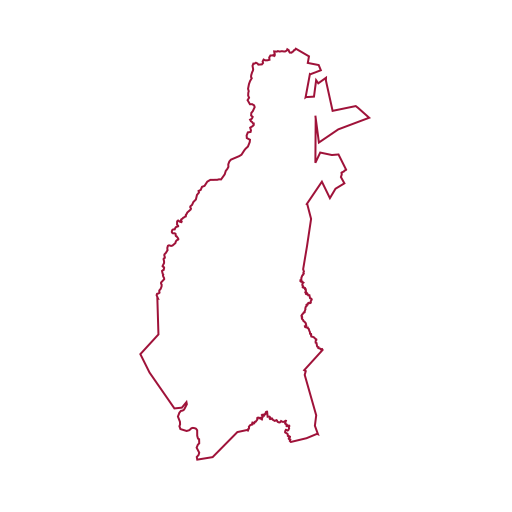 the district of Topia, Durango, Mexico, rotated 281°
{"feature_id": "50627088B76672031961414", "entity_name": "Topia", "entity_type": "district", "adm_level": 2, "iso_a3": "MEX", "parent_name": "Mexico", "parent_adm1": "Durango", "projection": "orthographic", "projection_center": [-106.735, 25.251], "detail": "fine", "context": "isolated", "style": "outline", "palette": "rose", "viewbox_px": 512, "rotation_deg": 281, "n_neighbors": 0, "source": "geoboundaries", "source_scale": "gbopen_adm2", "svg_char_len": 6039}
<svg xmlns="http://www.w3.org/2000/svg" viewBox="0 0 512 512"><g transform="rotate(281 256 256)"><path d="M176.5,339.3L177.3,338.6L176.8,337.3L177.3,336.9L177.5,334.8L178.4,334.7L178.7,333.5L179.2,333.1L182.1,332.0L182.3,331.1L183.5,330.8L184.2,330.8L185.2,331.3L185.7,331.1L185.9,330.3L187.2,328.4L187.5,327.1L187.5,325.7L188.4,325.2L189.6,325.1L190.0,324.9L190.0,323.9L191.7,323.4L192.7,322.6L194.5,321.7L194.9,320.8L195.7,320.4L195.4,319.0L195.8,317.6L196.4,317.4L196.5,317.7L196.4,318.3L197.6,318.6L198.4,318.0L199.4,317.8L200.8,316.1L201.1,315.1L202.2,314.4L202.8,313.4L203.3,313.0L204.1,313.1L204.3,312.7L205.4,312.7L205.5,312.3L205.9,312.0L207.3,312.4L208.6,313.3L209.5,313.5L209.8,313.7L209.8,314.3L210.0,314.5L211.4,314.4L213.2,314.7L214.0,314.4L215.5,314.5L216.5,315.2L217.6,314.8L218.1,315.2L217.9,315.8L218.1,316.0L219.2,316.1L219.9,316.3L220.1,316.7L219.9,317.7L220.3,318.5L220.8,318.7L221.8,318.3L223.8,319.0L224.2,318.9L224.7,318.3L224.7,317.6L224.9,317.1L227.7,315.9L227.4,314.7L228.9,313.6L228.1,312.7L228.3,312.2L229.1,311.9L229.6,312.3L229.9,312.2L230.0,311.4L231.1,311.7L232.8,311.2L232.7,310.5L233.9,310.2L233.9,308.5L234.2,307.9L235.1,308.2L235.6,307.4L236.1,307.4L236.4,307.0L236.8,306.9L238.2,307.0L238.8,307.5L239.0,306.9L239.7,306.5L239.8,305.9L239.3,305.3L239.9,304.3L240.6,304.3L240.5,304.9L240.9,305.1L243.2,304.7L245.5,305.1L246.4,305.5L246.6,305.9L247.9,306.2L248.1,305.8L248.5,305.7L249.9,306.0L252.0,304.8L275.2,304.2L302.9,303.0L316.3,296.6L316.6,295.9L341.5,306.5L326.9,317.5L337.2,321.2L344.2,328.9L349.7,324.3L352.2,324.6L353.0,324.5L353.9,324.0L354.4,324.3L355.7,326.1L356.7,326.6L357.4,327.7L357.9,328.0L371.4,317.6L369.6,311.2L369.8,299.3L358.8,296.5L402.1,288.4L405.1,287.5L379.4,296.1L396.0,312.6L413.3,340.7L421.0,327.7L422.2,325.3L413.1,303.5L441.7,291.1L444.3,290.7L437.4,284.2L440.0,281.5L423.5,282.5L421.5,274.7L421.2,274.4L444.7,274.2L444.6,274.4L450.7,284.2L455.4,281.1L455.4,270.0L462.1,269.9L467.1,255.5L465.9,255.0L465.2,254.0L464.0,253.6L463.3,252.7L462.4,252.1L462.1,250.4L463.0,249.5L464.3,248.8L464.9,247.3L463.7,247.1L462.4,245.7L462.1,244.6L462.0,242.3L461.2,240.2L461.3,238.3L460.6,237.5L460.3,234.8L458.4,235.5L457.9,235.9L456.3,236.1L455.8,235.7L456.5,234.5L456.0,234.0L455.6,231.9L453.4,231.1L451.2,231.8L450.2,229.7L449.8,227.7L450.3,226.0L448.2,225.4L446.8,226.1L445.2,225.2L444.3,221.8L445.2,220.8L445.7,219.0L444.5,217.8L444.4,216.7L442.0,216.3L438.7,217.6L437.4,217.6L435.4,217.1L432.5,216.8L430.7,217.0L429.7,217.9L426.6,216.8L423.5,216.3L418.6,216.3L416.4,217.4L414.7,217.3L412.0,217.7L410.0,219.0L407.4,218.0L403.8,221.1L404.3,223.2L403.5,225.4L401.9,226.3L397.5,225.2L395.6,224.1L393.0,224.4L391.9,226.2L390.2,225.8L389.3,225.1L388.7,224.2L387.3,225.3L386.7,226.7L385.5,227.9L385.6,228.5L384.2,228.8L382.8,227.9L380.9,225.8L378.3,227.1L376.7,227.0L375.8,224.4L372.5,223.8L370.0,224.5L369.0,227.9L366.6,228.1L361.9,227.2L359.3,225.3L357.6,224.4L352.6,222.4L350.8,220.4L345.8,213.0L343.7,211.8L340.7,211.3L338.2,211.9L335.9,211.2L333.8,210.1L330.2,209.7L324.5,207.1L324.2,205.0L323.4,203.4L322.0,196.6L319.7,194.0L315.0,192.1L313.6,189.8L310.3,189.1L308.9,187.2L307.4,187.9L304.7,186.4L300.0,186.2L297.0,184.2L294.0,183.5L292.2,182.1L291.4,182.1L290.2,183.1L289.2,183.0L285.5,180.2L284.3,180.0L283.0,179.3L282.0,179.6L281.3,179.4L281.2,178.9L280.0,177.8L279.6,177.2L278.8,176.8L277.6,175.6L276.6,175.5L275.6,176.2L275.6,176.4L275.0,176.3L275.1,174.7L276.0,172.8L275.6,172.3L274.8,172.0L271.8,172.5L270.8,173.8L270.3,173.9L269.1,171.9L268.3,171.5L266.6,171.1L266.3,169.6L265.4,168.8L264.0,168.7L263.2,168.9L262.6,169.6L262.4,170.2L262.8,171.9L262.3,172.9L260.6,173.3L260.2,173.7L260.2,174.3L258.4,176.2L257.7,176.6L257.2,176.4L256.7,175.6L255.9,174.9L254.8,174.5L253.3,174.4L250.4,172.1L249.8,171.1L249.7,170.2L249.9,169.2L249.7,168.2L249.2,167.6L247.1,167.4L245.7,167.7L245.0,168.1L241.8,166.9L240.5,166.0L239.9,165.8L239.3,165.8L237.3,166.8L236.5,166.7L235.9,165.9L235.1,165.9L233.5,166.7L231.6,167.1L228.2,166.2L227.8,166.6L227.5,167.7L226.9,168.1L224.7,168.0L224.4,167.4L223.4,166.6L220.7,167.8L220.1,168.5L219.0,168.4L218.0,169.0L216.8,170.0L215.7,170.3L211.9,167.9L210.7,168.1L209.8,168.9L208.1,169.1L205.6,168.7L203.8,167.7L203.1,167.7L201.6,168.3L200.7,167.5L200.0,166.1L198.6,165.9L195.7,167.8L195.8,167.2L160.4,175.2L137.6,161.2L121.3,173.7L90.8,205.0L93.0,212.2L99.3,215.6L97.3,216.4L92.4,215.0L91.4,214.6L90.6,213.9L90.0,212.9L89.7,211.9L87.6,210.7L83.5,210.0L78.7,213.0L76.2,213.6L74.3,213.3L71.7,214.8L71.0,221.3L72.3,223.8L74.5,225.4L75.1,226.4L75.3,227.7L75.2,229.3L75.0,230.1L73.7,231.5L68.3,232.6L65.7,233.9L65.3,235.1L61.3,236.0L59.6,234.9L56.5,234.3L52.1,237.8L49.7,237.6L47.4,236.2L44.9,237.2L50.3,251.8L79.6,271.3L83.4,280.2L83.1,281.4L83.5,281.5L84.0,281.2L84.6,281.3L85.1,282.0L85.9,282.0L87.1,281.6L89.0,282.7L89.9,284.6L90.7,284.8L91.0,284.2L91.8,284.3L91.7,284.9L91.2,285.5L91.4,286.2L92.5,286.2L93.0,286.5L93.1,287.1L93.5,287.5L94.4,287.8L95.4,288.4L96.1,288.6L96.7,288.2L97.4,288.2L97.6,288.5L97.9,289.6L97.4,290.5L97.9,291.2L97.0,292.1L96.7,293.0L97.3,293.1L97.8,292.8L98.0,292.4L98.9,292.7L99.3,293.3L99.7,293.2L101.0,292.1L101.4,292.4L101.4,292.9L101.0,293.5L100.7,293.7L100.8,294.3L102.0,294.1L102.2,294.3L102.1,295.0L102.3,295.3L104.7,295.5L105.2,296.1L105.3,296.6L100.4,298.1L100.9,299.9L100.0,301.0L99.0,300.5L98.6,300.9L98.8,301.7L99.4,302.5L99.5,302.9L98.5,303.6L97.7,305.9L98.8,307.4L98.5,308.0L97.8,308.4L97.3,309.0L97.0,310.5L97.4,311.4L98.8,312.1L98.3,313.4L98.3,314.3L98.8,315.4L99.9,316.4L99.9,316.8L97.3,316.5L96.8,316.9L96.6,318.0L96.3,318.5L95.9,318.7L95.2,318.3L94.9,318.4L94.8,318.8L95.9,320.7L95.8,321.0L95.4,321.2L94.4,320.8L93.1,321.4L91.4,321.0L90.7,320.4L91.1,318.9L91.1,318.5L89.6,318.1L88.5,318.2L88.2,318.6L87.9,319.8L87.2,321.1L85.4,321.6L85.3,321.9L85.5,322.7L85.1,323.8L84.2,323.8L83.5,323.0L82.9,323.0L82.5,323.5L82.3,324.7L80.9,324.5L80.1,325.7L86.8,340.4L93.1,349.9L92.9,350.8L100.6,346.2L111.1,345.5L148.6,326.5L152.5,326.8L153.1,325.1L176.5,339.3Z" fill="none" stroke="#9f1239" stroke-width="2"/></g></svg>